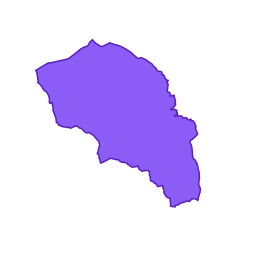 Nucet, Bihor, Romania (Albers equal-area conic projection), rotated 245°
{"feature_id": "2599482B33433612869061", "entity_name": "Nucet", "entity_type": "district", "adm_level": 2, "iso_a3": "ROU", "parent_name": "Romania", "parent_adm1": "Bihor", "projection": "albers", "projection_center": [22.608, 46.495], "detail": "fine", "context": "isolated", "style": "filled", "palette": "violet", "viewbox_px": 256, "rotation_deg": 245, "n_neighbors": 0, "source": "geoboundaries", "source_scale": "gbopen_adm2", "svg_char_len": 5792}
<svg xmlns="http://www.w3.org/2000/svg" viewBox="0 0 256 256"><g transform="rotate(245 128 128)"><path d="M200.4,159.5L205.3,155.8L208.1,152.6L210.5,149.8L213.1,147.4L212.7,145.6L212.8,139.1L213.5,137.7L215.4,136.6L218.8,134.4L221.1,133.6L223.1,133.1L222.1,130.0L219.3,125.9L219.7,124.2L219.6,123.2L220.0,121.8L219.7,120.6L219.6,118.6L218.7,115.2L216.0,103.7L216.3,101.4L216.9,98.3L217.8,94.5L219.1,88.3L219.1,87.7L219.9,85.5L220.7,82.8L220.6,82.2L220.2,81.1L220.5,81.0L219.2,68.8L215.9,68.6L212.8,67.6L211.0,67.2L210.2,66.8L209.0,66.6L208.5,66.4L207.5,65.4L205.0,66.6L203.9,66.9L202.1,67.3L198.6,67.7L197.1,68.0L195.7,69.1L194.7,69.3L194.1,69.6L193.3,69.7L191.3,69.7L188.4,69.3L187.3,69.0L186.4,68.6L184.9,67.6L183.5,67.6L183.1,68.4L183.3,69.9L177.1,68.4L175.9,67.5L172.2,67.3L166.7,66.7L163.4,65.4L162.2,66.3L159.8,66.4L159.3,67.0L158.7,67.8L157.0,69.0L156.3,70.1L155.7,71.2L154.5,72.5L153.9,74.0L152.2,75.8L151.9,77.2L152.1,78.2L152.1,79.1L152.0,79.8L152.0,80.3L151.9,81.0L152.2,81.4L152.0,81.8L151.7,81.9L151.3,82.4L151.2,82.8L150.9,83.0L148.8,83.7L147.8,84.9L146.6,85.8L145.6,86.1L143.9,86.9L143.2,86.8L142.2,87.4L141.3,88.3L141.1,88.7L140.5,89.4L140.4,90.0L140.4,91.0L139.8,91.4L138.1,92.1L137.0,92.8L135.8,94.0L135.3,93.9L134.7,94.0L133.5,94.1L132.0,94.7L130.1,95.1L129.5,95.5L128.8,95.9L128.2,96.0L127.0,95.5L125.6,95.4L124.8,95.2L124.2,94.9L123.2,93.9L122.7,93.7L122.0,92.7L119.7,91.3L118.4,89.8L117.7,89.4L117.4,89.4L116.5,89.8L115.8,90.0L115.1,90.0L113.9,89.6L112.8,88.9L112.2,89.0L111.1,89.2L110.2,88.8L108.9,88.5L107.7,88.5L107.6,91.4L107.9,99.6L104.1,104.2L104.1,104.4L103.8,104.7L103.6,105.1L103.4,105.8L103.3,106.0L102.9,106.2L101.8,106.4L101.1,106.6L100.8,106.8L100.8,107.0L100.3,107.6L99.8,107.7L99.0,109.0L99.0,109.3L98.6,109.8L98.1,110.1L98.0,110.4L97.7,110.8L97.4,111.2L97.0,112.1L96.4,112.4L96.0,112.4L95.3,112.2L94.9,112.4L94.6,113.1L93.3,113.5L92.9,113.7L92.3,114.2L91.9,114.3L91.6,114.7L91.3,114.8L90.6,115.5L90.4,116.1L90.1,117.6L89.5,118.7L89.4,119.2L89.6,120.8L89.3,120.9L88.7,120.6L87.9,121.0L87.5,120.9L87.3,120.7L86.7,120.7L86.2,120.7L86.2,120.8L85.6,120.8L84.1,121.8L82.9,122.4L81.7,127.2L80.6,128.2L80.0,128.4L79.9,129.0L79.3,128.9L78.3,128.5L76.1,127.4L74.1,127.5L72.1,126.6L71.6,126.4L70.8,126.5L70.4,126.4L70.0,126.6L69.3,127.4L68.8,127.7L68.0,128.5L66.9,128.6L66.5,128.8L66.3,129.0L66.3,129.4L65.6,129.7L63.3,130.0L62.3,130.2L61.2,135.0L60.4,134.9L59.6,134.6L59.2,134.3L58.3,134.5L57.9,134.3L57.4,134.4L57.0,134.3L56.6,134.4L56.3,134.4L55.9,134.2L55.5,133.8L55.3,133.8L54.9,133.4L54.6,133.3L54.2,133.6L53.9,133.4L53.6,133.4L52.9,133.2L52.3,133.2L51.1,133.5L50.0,133.6L49.5,133.9L48.9,134.0L47.8,134.9L47.5,135.2L47.3,135.5L46.6,136.0L46.6,136.3L40.2,134.2L39.5,133.5L39.2,133.8L38.9,134.0L38.3,134.5L38.1,134.9L37.7,135.7L37.5,135.9L37.1,136.8L36.8,137.1L36.6,137.3L37.8,138.1L37.3,140.2L37.4,140.6L37.2,140.9L37.2,141.0L37.0,141.3L37.0,141.5L37.6,142.6L37.7,143.9L37.6,144.4L37.4,145.2L37.3,145.8L37.3,146.9L37.1,148.0L36.9,148.4L36.9,149.2L36.8,150.1L36.9,150.7L36.2,151.6L35.8,152.1L35.8,152.3L35.5,152.5L35.4,152.9L35.8,153.5L35.8,154.0L36.2,154.5L36.4,155.4L36.4,156.2L36.3,156.9L36.1,157.4L36.0,158.1L35.5,159.0L33.8,160.0L33.3,160.5L32.9,160.7L33.3,161.2L33.9,161.6L34.7,161.9L35.3,162.4L35.5,162.6L35.9,163.2L37.7,164.4L38.0,164.8L38.5,165.3L39.0,166.0L39.6,166.2L40.1,166.5L40.8,167.1L41.1,167.4L42.8,167.9L44.2,168.2L45.6,168.0L46.4,168.1L46.9,168.3L47.4,168.6L48.6,169.1L49.5,169.5L50.3,170.1L50.8,170.6L51.6,171.2L53.3,172.0L53.9,172.0L54.3,172.1L55.1,172.7L56.3,173.3L58.4,173.9L60.2,174.0L61.8,174.4L63.1,174.9L65.7,175.2L66.3,175.6L66.6,175.6L66.8,175.6L67.4,175.3L68.2,175.2L69.7,175.4L70.6,175.3L72.5,174.3L73.5,174.3L74.2,174.5L77.4,175.4L79.2,176.2L83.9,177.8L85.4,178.1L88.3,178.1L89.2,178.2L89.5,178.5L90.1,179.3L90.3,179.8L90.5,181.5L91.0,182.8L91.3,184.3L93.0,188.5L94.5,188.7L97.5,188.8L98.6,189.0L99.1,189.2L99.6,189.2L99.9,189.5L100.3,190.1L100.6,190.3L101.5,190.3L102.0,190.1L102.7,190.4L103.7,190.6L106.7,190.1L106.9,190.0L107.3,189.6L107.5,188.7L108.0,188.5L108.6,188.7L109.3,188.7L109.6,188.5L109.5,187.2L109.5,186.9L109.6,186.6L110.7,185.5L111.1,185.5L111.8,185.7L112.1,185.6L113.2,184.5L113.2,183.8L113.3,183.2L113.8,182.2L114.3,182.0L115.4,181.9L116.1,181.6L116.5,181.1L118.3,177.4L118.6,175.9L119.0,175.4L119.3,175.4L119.5,175.6L119.6,175.8L119.6,176.1L119.0,177.5L119.0,177.9L119.2,178.5L119.5,178.7L119.9,178.7L121.2,179.1L121.6,178.5L121.9,178.5L122.2,178.8L122.6,179.4L122.9,179.6L123.5,179.7L124.0,179.0L124.9,178.6L125.3,178.2L125.5,176.7L125.7,175.7L126.1,174.9L126.4,174.5L126.6,174.4L126.8,174.4L127.0,174.7L127.1,175.1L127.2,177.3L127.5,178.3L127.6,178.7L127.8,179.0L127.9,179.4L128.7,179.7L128.8,180.5L129.1,181.0L129.5,181.3L130.7,181.2L131.5,181.6L132.0,182.2L132.1,182.4L133.2,182.4L134.4,182.9L135.4,183.0L135.7,182.9L136.4,182.9L136.9,183.0L137.2,183.3L137.4,183.6L138.3,183.4L138.3,182.1L138.8,181.8L138.9,181.6L138.9,180.0L139.1,179.7L140.5,180.4L141.0,180.5L141.7,180.8L142.5,180.7L143.0,180.5L143.9,179.3L144.0,179.1L145.8,179.6L146.4,180.2L146.7,180.3L147.3,180.8L148.5,181.3L149.3,182.1L149.6,182.3L150.3,182.4L150.7,182.8L151.0,182.8L151.4,182.7L151.8,182.9L152.1,182.9L152.9,182.5L153.4,183.0L153.7,183.0L153.6,183.8L153.7,184.0L154.0,184.4L154.1,184.0L154.2,183.8L155.0,183.6L155.5,183.2L155.9,183.2L156.3,183.2L156.6,182.8L157.5,182.6L158.5,182.6L158.8,183.0L159.5,183.0L160.3,182.8L161.6,182.4L161.7,181.5L163.4,182.0L164.5,182.2L165.6,181.3L167.0,179.0L167.4,178.7L167.7,178.6L168.9,178.7L170.5,178.6L173.8,177.0L175.2,176.9L176.2,176.6L177.1,176.1L177.8,175.5L180.0,174.4L180.9,173.7L182.0,173.4L186.2,169.7L186.4,169.2L186.4,167.9L186.5,167.2L186.7,166.9L187.3,166.1L191.4,164.2L194.3,163.1L197.0,161.7L198.4,160.6L200.4,159.5Z" fill="#8b5cf6" stroke="#5b21b6" stroke-width="1.5"/></g></svg>